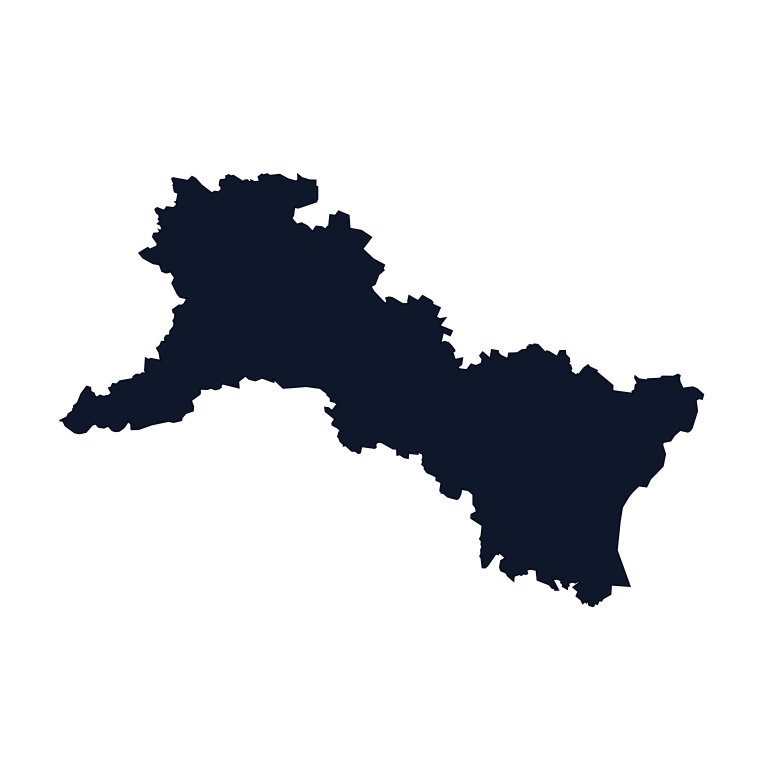 Roscommon Lea-6, Roscommon, Ireland, rotated 6°
{"feature_id": "5873133B51577512339475", "entity_name": "Roscommon Lea-6", "entity_type": "district", "adm_level": 2, "iso_a3": "IRL", "parent_name": "Ireland", "parent_adm1": "Roscommon", "projection": "albers", "projection_center": [-8.414, 53.724], "detail": "fine", "context": "isolated", "style": "filled", "palette": "ink", "viewbox_px": 768, "rotation_deg": 6, "n_neighbors": 0, "source": "geoboundaries", "source_scale": "gbopen_adm2", "svg_char_len": 6148}
<svg xmlns="http://www.w3.org/2000/svg" viewBox="0 0 768 768"><g transform="rotate(6 384 384)"><path d="M157.5,448.6L173.7,443.4L178.8,444.0L186.4,441.3L186.4,439.0L189.8,433.9L196.9,430.6L196.8,426.4L193.9,420.6L201.7,413.6L202.2,412.4L201.5,408.2L209.2,407.6L212.2,406.0L216.8,407.2L220.1,406.1L222.4,404.3L221.7,402.7L223.4,400.6L240.1,402.9L238.9,396.7L245.4,390.4L249.2,393.2L255.7,394.1L262.0,390.7L274.1,393.7L273.6,390.5L284.2,398.6L306.9,394.4L320.9,394.8L328.7,399.6L328.4,400.7L332.3,403.5L332.6,406.5L337.2,407.3L340.3,409.5L338.4,410.7L335.2,416.2L331.3,413.6L327.7,413.5L328.7,417.5L338.8,423.9L336.5,428.5L336.9,430.2L342.7,432.5L346.0,435.5L344.4,436.6L343.5,441.3L344.8,442.0L346.4,445.7L350.4,448.6L350.2,449.8L352.2,449.0L359.0,454.0L362.6,453.7L365.9,455.7L367.6,454.7L368.1,448.4L381.4,448.8L382.6,447.8L381.9,444.5L383.9,442.4L387.3,442.1L399.8,447.5L403.6,447.1L404.4,453.3L407.4,452.5L411.8,455.0L415.7,455.3L415.6,450.2L425.0,450.2L424.5,448.0L429.6,449.5L430.6,452.8L430.0,455.5L430.9,457.6L430.1,459.9L433.2,462.3L433.0,464.1L436.0,467.5L445.6,470.7L446.0,474.3L451.2,475.9L450.9,484.5L452.1,484.9L452.2,486.3L454.7,486.4L458.9,489.5L468.1,491.0L469.7,490.4L470.9,487.9L471.9,484.4L471.8,480.5L479.0,480.9L484.2,484.5L485.3,494.4L487.9,497.1L489.5,501.4L484.4,504.6L484.6,508.4L496.6,514.4L496.6,525.1L495.4,528.0L497.6,530.3L497.4,533.3L498.7,535.9L497.7,538.5L498.3,542.4L497.5,545.4L498.9,546.8L501.0,556.3L503.8,556.1L505.8,554.1L512.9,541.3L515.6,541.7L515.9,539.3L523.1,544.3L518.8,547.4L518.3,554.1L519.7,557.4L525.0,558.9L527.2,562.0L533.5,566.4L533.4,561.8L534.3,561.0L538.8,559.0L540.5,559.9L542.8,557.9L544.9,558.4L546.3,557.6L545.3,554.0L548.9,552.7L554.9,553.1L557.0,562.9L569.3,566.3L572.6,569.4L575.1,569.5L575.6,571.1L579.0,570.6L572.3,560.8L576.3,559.8L581.2,561.0L580.5,562.8L583.1,564.9L582.7,566.6L587.7,568.8L587.7,566.5L589.1,565.0L588.1,563.7L588.8,562.4L592.8,561.0L594.8,561.8L597.9,559.6L599.0,561.2L593.3,566.4L598.9,570.0L597.4,574.8L602.6,578.1L604.5,581.5L607.4,579.0L608.2,580.3L609.3,577.8L611.0,582.5L614.7,583.3L615.8,582.8L616.6,580.0L619.1,580.8L620.6,576.8L623.0,577.0L624.2,574.5L631.4,569.4L630.9,560.0L649.7,559.4L633.1,525.1L633.0,496.8L633.8,481.7L639.4,469.8L643.2,464.2L648.0,458.5L655.9,458.7L659.0,450.4L670.0,436.5L671.1,424.4L667.3,415.5L667.6,412.8L675.0,410.5L678.0,404.8L683.4,398.9L691.2,399.9L693.4,398.3L695.0,395.3L698.4,378.1L695.9,367.4L698.8,365.3L702.0,365.8L702.8,361.1L695.5,356.0L691.3,354.8L681.7,357.2L677.9,350.8L677.0,347.2L677.5,344.8L675.5,343.7L670.9,346.3L659.9,347.3L658.1,349.6L645.7,351.5L645.5,352.7L637.0,352.5L633.0,349.9L632.8,351.6L636.3,356.9L634.2,358.5L634.1,363.8L631.7,365.3L632.4,367.5L612.1,366.9L611.6,361.5L594.0,349.7L594.5,348.2L587.1,345.8L585.0,343.8L581.3,347.0L576.4,354.6L575.4,353.7L574.0,355.4L570.8,353.2L568.3,353.6L567.4,352.6L568.9,351.9L568.0,350.2L569.0,349.1L567.2,345.6L564.8,344.9L566.2,342.8L565.6,339.2L561.5,335.8L560.8,331.9L555.5,332.6L553.3,338.7L544.9,334.7L542.6,334.2L541.0,335.6L533.0,328.8L529.2,328.7L528.6,329.8L524.4,329.9L524.4,331.7L522.8,331.7L522.4,334.6L517.5,335.8L513.5,339.2L505.0,340.4L504.5,346.1L496.7,343.3L494.5,341.2L494.0,339.1L487.5,338.8L487.1,347.8L478.8,342.0L476.4,345.8L479.1,348.8L478.9,352.7L478.0,353.9L473.3,356.3L468.6,355.2L465.0,361.3L457.3,361.2L455.5,359.7L459.0,356.3L459.3,350.0L452.1,352.4L448.9,345.0L450.9,343.7L450.6,342.7L447.2,339.1L443.6,336.1L439.8,335.6L436.0,337.2L437.5,326.4L444.7,328.9L446.3,324.0L433.3,320.2L438.3,311.8L432.6,313.5L428.8,312.0L431.8,302.3L423.5,299.5L424.1,297.9L422.6,296.3L413.1,292.1L409.3,297.8L399.7,293.5L399.1,299.3L400.1,300.6L398.3,301.9L394.2,302.3L382.8,297.3L379.6,297.2L376.9,298.4L378.5,301.2L377.2,304.2L364.2,293.2L360.7,288.5L364.6,285.7L367.3,275.7L372.0,270.7L370.8,270.0L371.9,265.6L360.2,260.8L348.5,251.9L356.1,239.4L345.6,233.8L333.7,232.9L331.4,220.0L320.7,216.9L318.1,221.6L312.7,221.4L312.7,233.1L311.3,233.3L309.9,236.3L305.7,234.3L300.0,234.3L297.1,239.9L291.3,234.9L285.0,232.5L280.7,234.4L274.8,228.9L276.2,225.9L276.5,217.5L280.2,217.8L297.7,209.8L298.6,206.9L297.3,194.9L295.2,194.1L294.9,188.5L289.0,189.1L280.9,187.6L276.4,184.7L277.2,189.1L276.7,190.8L275.4,191.5L267.6,190.4L258.5,186.6L248.5,188.7L246.0,187.3L241.8,189.0L240.7,188.1L237.3,191.2L239.1,194.9L237.8,195.8L233.9,196.5L230.4,195.1L230.5,196.7L228.6,197.0L226.9,195.4L223.9,196.0L223.0,197.6L212.3,192.4L209.9,193.3L207.8,192.2L205.0,193.8L205.7,194.7L205.1,196.9L200.2,198.0L199.6,199.5L199.6,203.4L201.7,205.5L201.6,208.2L199.2,210.4L195.4,210.2L192.8,212.1L182.0,205.6L175.1,199.3L171.3,197.8L167.8,202.3L152.6,201.1L151.6,202.1L154.3,207.1L153.5,208.5L154.8,209.5L154.2,210.4L155.6,214.7L159.4,215.7L158.7,224.1L157.2,224.8L159.2,226.1L158.5,228.4L156.2,230.8L149.4,230.6L147.3,234.5L140.0,232.5L138.1,234.2L139.9,237.6L142.4,239.1L143.4,242.3L142.4,243.1L142.7,244.2L144.6,245.6L142.1,248.3L145.2,249.3L147.0,252.7L145.7,254.9L144.0,254.2L145.0,255.9L144.1,257.5L139.3,258.3L138.6,261.9L143.9,267.8L143.9,270.6L136.8,274.7L134.8,273.1L126.7,279.3L131.2,283.8L141.7,288.2L148.4,288.8L151.3,294.9L155.2,296.2L158.5,295.4L159.3,293.8L164.8,300.1L162.7,305.9L169.1,316.0L172.1,318.9L179.1,319.6L176.9,325.0L174.3,327.2L172.1,327.0L166.1,332.2L167.0,335.0L168.7,335.3L169.0,340.0L167.7,343.3L168.8,344.9L169.0,348.5L165.6,353.7L165.9,357.8L162.4,358.5L161.0,361.3L161.9,365.0L158.4,365.0L157.2,369.2L154.2,372.1L157.1,376.1L159.4,384.0L149.2,383.1L147.6,384.5L144.2,383.1L144.7,395.8L145.8,395.9L145.3,398.4L142.5,398.3L139.7,400.9L138.2,400.0L135.7,401.0L133.9,402.8L133.6,405.1L121.0,408.7L118.3,412.1L114.1,412.1L112.9,415.8L110.7,416.7L113.9,421.6L111.7,424.1L106.2,425.8L102.8,424.9L99.7,427.4L97.7,426.0L96.7,423.6L93.1,422.2L92.4,418.2L88.6,417.5L83.9,425.4L81.1,435.1L77.6,438.3L78.3,440.0L77.3,441.0L77.3,443.4L73.1,446.9L72.4,449.9L65.2,454.4L68.5,454.2L71.5,458.9L81.5,464.7L86.3,465.1L92.5,463.1L98.2,455.2L101.3,453.7L104.6,456.6L110.0,456.9L114.1,454.5L118.6,458.6L121.8,459.2L125.5,458.5L129.9,454.6L133.4,448.1L136.5,450.0L137.4,455.6L144.8,454.6L157.5,448.6Z" fill="#0f172a" stroke="#020617" stroke-width="1.5"/></g></svg>